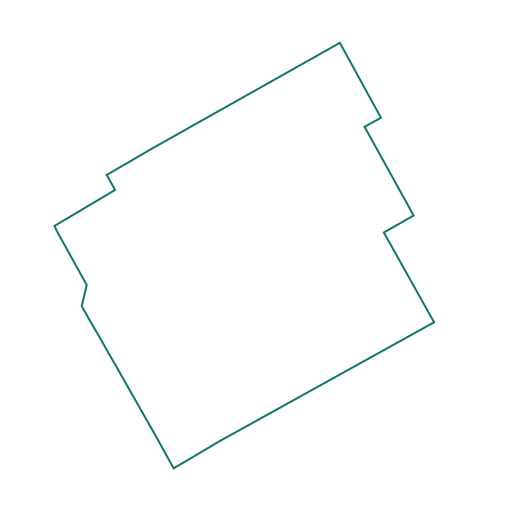 outline of Hancock, Indiana, United States of America, rotated 331°
{"feature_id": "52423323B28427139974873", "entity_name": "Hancock", "entity_type": "district", "adm_level": 2, "iso_a3": "USA", "parent_name": "United States of America", "parent_adm1": "Indiana", "projection": "natural_earth1", "projection_center": [-85.846, 39.821], "detail": "fine", "context": "isolated", "style": "outline", "palette": "teal", "viewbox_px": 512, "rotation_deg": 331, "n_neighbors": 0, "source": "geoboundaries", "source_scale": "gbopen_adm2", "svg_char_len": 440}
<svg xmlns="http://www.w3.org/2000/svg" viewBox="0 0 512 512"><g transform="rotate(331 256 256)"><path d="M94.4,132.0L93.9,136.6L93.9,178.9L93.9,199.3L79.3,215.3L79.4,232.5L79.8,249.7L80.0,273.2L80.3,284.2L80.4,301.5L80.5,314.0L81.1,367.5L81.0,401.8L134.3,400.3L379.6,400.3L379.2,297.4L413.5,297.0L413.6,195.6L432.3,195.7L432.7,110.2L217.8,111.6L164.7,112.7L164.8,129.9L94.4,132.0Z" fill="none" stroke="#0f766e" stroke-width="2"/></g></svg>